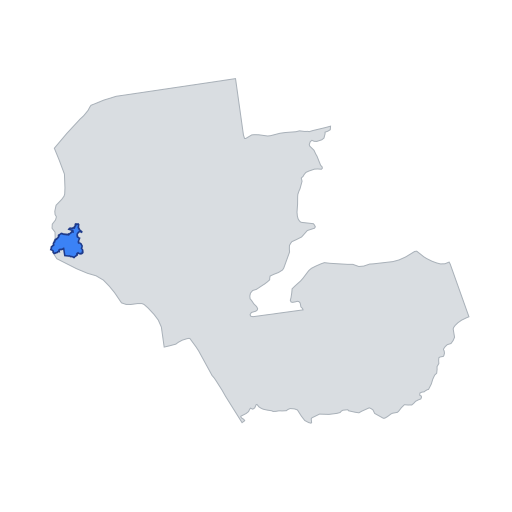 Zimba, Southern, Zambia shown in context, rotated 82°
{"feature_id": "96606910B98197380388075", "entity_name": "Zimba", "entity_type": "district", "adm_level": 2, "iso_a3": "ZMB", "parent_name": "Zambia", "parent_adm1": "Southern", "projection": "equal_earth", "projection_center": [26.486, -17.666], "detail": "fine", "context": "in_parent", "style": "filled", "palette": "blue", "viewbox_px": 512, "rotation_deg": 82, "n_neighbors": 0, "source": "geoboundaries", "source_scale": "gbopen_adm2", "svg_char_len": 8371}
<svg xmlns="http://www.w3.org/2000/svg" viewBox="0 0 512 512"><g transform="rotate(82 256 256)"><path d="M333.4,359.6L313.2,359.6L305.8,361.7L299.8,365.0L292.5,370.1L288.4,373.6L287.2,375.6L286.6,379.9L286.6,386.6L285.9,391.3L283.7,395.7L272.7,401.1L265.6,405.4L258.6,410.5L253.3,417.2L249.6,425.4L243.6,435.5L231.0,453.6L223.7,457.0L217.6,456.2L210.3,452.4L204.4,451.7L200.1,454.1L196.1,453.3L192.4,449.5L189.4,448.2L186.9,449.2L183.7,449.0L177.9,446.9L172.9,440.5L170.1,437.8L168.0,436.8L162.0,435.7L148.2,434.3L133.8,437.5L121.2,440.7L108.3,426.3L95.9,411.1L93.2,407.2L88.5,402.1L85.1,399.6L83.8,398.4L80.4,384.8L78.4,372.3L77.5,251.6L134.4,251.6L138.0,251.0L138.2,249.8L135.5,243.3L135.6,241.0L136.3,236.6L138.8,227.8L138.9,224.9L137.8,215.3L137.8,210.0L138.5,199.2L138.1,195.5L139.4,190.7L139.8,187.4L140.3,186.0L139.7,182.3L138.5,169.5L137.8,164.1L141.3,164.9L142.4,167.5L143.0,170.4L144.6,170.6L148.7,172.3L150.1,174.7L151.0,179.9L150.5,182.5L149.2,184.6L150.5,186.5L153.2,187.8L154.8,187.4L159.3,183.9L163.5,182.6L165.7,181.7L175.1,179.4L177.0,178.1L178.3,178.1L179.2,179.1L178.4,182.8L178.1,186.0L179.3,192.1L180.2,195.0L182.1,197.1L183.5,198.1L185.1,200.3L188.4,200.0L195.6,203.1L197.8,204.5L200.8,206.0L203.0,206.5L210.4,207.6L218.3,209.3L222.3,209.5L225.2,209.1L227.2,208.2L228.5,207.2L229.0,206.3L232.0,194.7L233.5,193.8L235.4,193.2L236.6,194.2L237.9,201.6L243.5,208.2L245.4,213.8L246.8,218.5L248.1,219.8L250.2,221.4L253.7,222.0L256.7,222.2L272.0,230.3L273.6,231.8L275.5,236.1L276.6,240.9L277.8,244.8L279.8,245.5L281.5,245.8L283.3,248.5L284.6,250.8L289.1,260.3L289.7,264.1L291.9,266.6L294.8,267.7L297.6,267.8L299.2,266.7L303.1,264.8L306.1,262.5L308.3,261.7L309.6,262.2L310.6,263.8L311.3,268.5L313.4,270.1L315.0,269.5L315.6,267.6L315.7,266.7L315.9,216.9L314.5,217.2L312.7,218.6L308.7,218.8L307.1,219.9L306.6,221.4L306.9,223.5L307.0,226.3L306.4,227.7L304.6,228.2L302.1,227.1L297.4,225.7L293.5,224.8L290.8,221.1L287.0,215.4L284.6,212.6L278.7,206.7L277.6,205.5L275.9,202.8L274.3,198.1L272.8,192.7L272.1,189.2L273.5,183.9L277.0,166.6L277.8,161.2L280.7,155.7L281.0,150.8L279.8,144.5L280.1,141.1L280.6,121.2L279.8,114.9L277.8,108.0L273.6,98.3L273.6,96.2L280.2,89.9L282.2,87.5L285.7,82.4L288.0,78.1L289.5,74.5L290.0,70.0L288.9,65.6L291.2,64.8L345.8,53.6L346.6,56.6L348.2,61.5L350.1,65.2L352.4,68.4L354.4,70.3L355.7,70.9L364.1,70.7L367.2,72.6L369.8,75.1L370.4,78.9L372.1,81.3L374.0,83.1L374.8,83.4L376.2,82.9L378.4,82.9L380.5,83.7L381.5,84.5L381.6,87.7L382.2,89.1L385.1,89.7L387.9,89.9L390.7,92.1L393.7,92.5L397.2,93.4L398.9,95.7L402.6,98.1L407.1,100.2L412.1,103.7L412.2,104.8L413.0,106.9L413.9,108.4L413.9,110.6L414.4,112.6L415.6,113.1L416.7,113.2L417.7,111.8L419.0,111.8L420.5,112.7L421.0,115.1L422.1,118.2L423.9,120.4L425.2,122.5L424.7,126.3L423.9,129.7L426.4,133.1L429.6,136.4L430.5,137.8L430.7,142.7L431.2,144.3L433.4,148.3L434.5,151.0L434.4,152.5L428.4,160.4L424.7,161.6L423.1,163.3L422.1,165.0L424.4,172.9L425.6,175.9L424.5,179.6L422.1,186.0L421.0,186.5L420.8,191.4L421.5,193.1L422.7,194.5L423.1,197.8L423.0,205.9L421.4,215.1L424.0,223.1L424.9,224.0L428.6,224.1L429.2,224.8L428.3,227.0L425.7,230.6L421.0,233.3L414.2,236.4L412.7,239.3L411.8,243.5L412.5,246.0L413.4,247.4L413.1,251.1L412.5,255.0L412.6,258.0L412.3,260.7L411.4,262.1L410.2,266.2L408.7,270.2L407.5,272.1L405.8,274.1L403.1,275.7L403.2,276.5L406.2,278.4L406.9,279.7L407.2,280.6L405.9,282.7L407.3,283.9L409.0,285.0L410.6,287.7L412.4,292.9L412.7,293.4L413.3,293.4L414.3,292.9L416.1,290.8L417.5,290.1L419.1,293.0L390.7,305.7L384.1,308.3L374.2,312.8L370.9,314.4L368.3,316.1L342.0,326.0L337.9,327.9L328.6,332.9L328.2,333.8L328.3,336.1L329.1,340.8L330.7,345.1L332.1,347.6L332.9,354.0L333.4,359.6Z" fill="#d9dde1" stroke="#a8b0b8" stroke-width="1"/><path d="M229.4,428.2L229.1,427.8L229.1,427.6L229.0,427.4L228.9,427.3L228.7,427.3L228.5,427.6L228.3,427.5L228.1,427.3L227.8,427.3L227.8,427.0L227.6,427.1L227.4,426.9L227.1,427.0L227.1,426.9L226.9,426.9L226.4,426.8L225.9,426.8L225.4,427.1L224.8,427.4L224.4,427.7L224.2,427.8L223.7,427.6L222.9,427.0L222.5,427.0L222.1,426.8L221.6,426.8L221.2,426.9L220.9,427.2L220.7,427.3L219.8,427.4L219.7,427.6L219.3,428.0L219.3,427.9L219.2,428.1L219.0,428.3L218.9,428.4L218.7,428.5L218.5,429.0L218.4,429.5L218.4,429.9L217.4,430.0L216.9,429.6L216.7,429.8L216.5,429.7L213.8,428.2L213.6,428.6L213.6,428.8L213.2,429.0L213.0,429.3L212.6,429.6L212.5,429.8L212.5,430.0L212.4,430.2L212.1,430.3L212.0,430.0L211.6,429.9L211.4,430.0L211.1,430.0L210.8,430.2L210.6,430.2L210.5,430.3L210.4,430.3L210.1,430.2L209.8,430.1L209.4,429.8L208.8,429.7L208.5,429.0L208.1,428.7L207.9,428.7L207.8,428.4L207.7,428.2L207.3,427.8L207.4,427.7L207.7,426.1L208.2,425.4L207.7,425.1L205.1,427.4L204.9,427.5L204.7,427.5L204.3,427.5L204.2,427.4L203.9,427.7L203.7,427.9L203.4,427.7L203.0,427.7L203.0,427.8L202.8,428.0L202.6,427.8L202.2,427.8L201.9,427.6L201.6,427.7L201.2,427.4L200.7,427.4L200.2,427.2L199.9,427.6L199.7,427.6L199.8,427.9L199.7,428.2L199.5,428.3L199.6,428.6L199.5,428.8L199.6,429.0L199.3,429.3L199.3,429.5L199.2,429.7L199.1,429.9L199.1,430.1L199.3,430.4L199.5,430.1L199.8,430.1L200.0,430.1L200.3,430.2L200.4,430.3L200.5,430.3L200.5,430.5L200.8,430.8L200.8,430.7L201.1,430.6L201.4,431.0L201.5,431.2L201.5,431.5L201.8,431.8L202.1,432.1L202.4,432.2L202.6,431.7L203.1,432.0L203.1,432.3L202.7,433.0L202.9,433.4L202.8,433.7L203.1,433.8L202.5,436.2L202.7,436.9L203.5,437.7L205.3,433.8L206.6,433.8L206.4,434.1L206.4,434.3L206.7,434.7L206.5,435.0L206.8,435.4L207.0,435.4L207.1,435.6L207.1,435.8L207.3,435.9L207.3,436.0L207.1,436.0L207.4,436.3L207.4,436.5L207.5,436.6L207.6,436.8L207.8,437.0L208.0,437.2L208.1,437.4L208.2,437.5L208.1,438.0L208.3,437.9L208.4,438.0L208.5,438.1L208.6,438.4L208.8,438.4L208.8,438.7L209.0,438.8L208.8,439.5L208.4,439.8L208.5,440.3L208.3,440.3L208.3,440.5L208.2,440.7L208.0,441.0L208.3,441.3L208.3,441.5L208.1,441.7L207.9,441.9L207.8,442.1L208.0,442.4L207.9,442.7L207.6,442.9L207.5,443.1L207.6,443.3L207.8,443.4L207.7,443.6L207.5,443.9L207.5,444.1L207.4,444.2L207.1,444.3L206.9,444.4L206.9,444.5L207.0,445.0L206.9,445.1L206.7,445.3L206.5,445.5L206.6,446.0L207.0,446.3L207.1,446.8L207.5,447.4L207.6,447.6L207.6,448.1L207.8,448.4L208.1,448.2L208.3,448.1L208.6,448.4L208.6,448.7L208.7,448.9L209.0,448.8L209.3,448.6L209.6,448.8L210.0,449.1L210.0,449.4L210.1,449.5L210.3,449.4L210.5,449.8L210.7,450.3L210.9,450.4L211.0,450.8L211.3,451.3L211.3,451.5L211.4,451.8L211.5,451.9L211.7,451.7L211.8,451.6L211.9,452.0L211.9,452.3L212.1,452.7L212.3,452.7L212.7,452.8L213.0,453.2L213.2,453.4L213.4,453.5L213.7,453.4L213.7,453.5L214.0,453.8L214.3,453.8L214.8,454.6L215.3,454.7L215.5,454.9L215.9,454.9L216.3,454.7L217.2,454.8L217.4,455.1L217.5,455.6L217.6,456.0L218.1,456.4L218.4,456.7L218.4,456.8L218.2,457.2L218.3,457.3L219.1,457.6L219.4,457.5L219.8,457.5L220.1,457.8L220.8,458.3L221.1,458.4L221.2,458.0L221.3,457.8L221.5,457.5L221.9,457.2L222.3,456.6L222.7,456.2L223.5,456.1L224.1,456.3L224.3,456.3L224.4,456.2L224.5,455.9L225.1,455.8L225.2,455.7L225.1,455.4L225.3,455.0L225.5,454.9L225.1,453.9L225.0,454.0L224.9,453.9L224.9,453.3L224.8,452.9L225.0,452.8L225.0,452.7L224.9,452.6L224.9,452.4L224.7,452.0L224.4,451.7L224.2,451.7L224.1,451.3L224.1,451.0L224.1,450.9L224.2,450.6L223.9,450.4L223.8,450.2L223.8,450.3L223.7,450.3L223.8,450.2L223.6,450.2L223.1,450.5L222.9,450.4L222.7,450.3L222.7,450.2L222.7,449.9L222.5,449.7L222.4,449.6L222.2,449.5L222.2,449.4L222.2,449.1L222.2,448.7L222.2,448.4L222.3,448.4L222.2,448.2L222.3,447.8L222.3,447.7L222.4,447.4L222.5,447.4L222.4,447.1L222.3,446.9L222.4,446.7L222.0,446.2L221.9,445.9L221.7,445.8L221.6,445.5L221.6,445.4L229.0,445.3L230.0,441.3L229.9,440.9L230.4,440.0L230.6,439.7L230.7,439.1L230.8,438.9L230.9,438.6L230.9,438.3L230.9,438.2L231.0,438.4L231.1,437.8L231.2,437.7L231.3,437.7L231.6,437.3L231.6,437.0L232.1,436.8L232.1,436.6L232.2,436.2L231.7,435.9L231.6,435.6L231.3,435.3L231.1,434.6L231.0,434.4L230.9,434.4L230.9,434.2L230.6,434.0L230.4,433.8L230.3,433.5L230.2,433.4L230.2,433.1L229.9,433.1L229.9,432.9L229.7,432.9L229.3,433.1L229.2,432.8L228.9,432.8L228.8,432.6L228.6,432.8L228.3,432.5L228.2,432.3L228.2,432.2L228.3,431.9L228.1,431.7L228.4,431.5L228.4,431.4L228.6,431.2L228.7,431.4L228.8,431.2L228.9,430.9L229.0,430.5L229.2,430.4L229.2,430.2L229.3,430.0L229.3,429.8L229.4,429.6L229.2,429.5L229.2,429.3L229.1,429.1L229.4,429.0L229.5,428.9L229.5,428.6L229.3,428.5L229.4,428.2Z" fill="#3b82f6" stroke="#1e3a8a" stroke-width="1.5"/></g></svg>